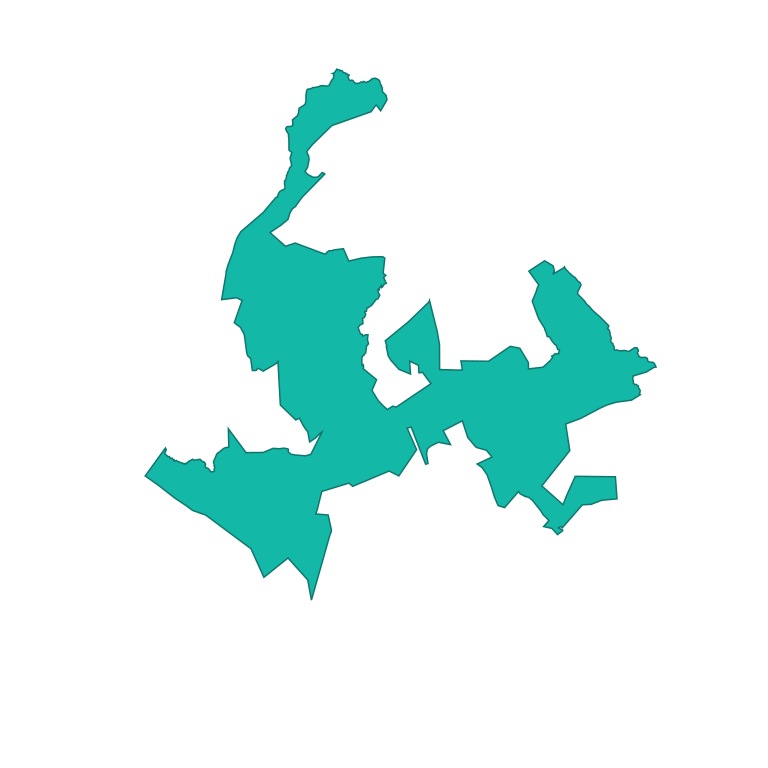 the district of Heroica Ciudad de Ejutla de Crespo, Oaxaca, Mexico, rotated 131°
{"feature_id": "50627088B22638065525590", "entity_name": "Heroica Ciudad de Ejutla de Crespo", "entity_type": "district", "adm_level": 2, "iso_a3": "MEX", "parent_name": "Mexico", "parent_adm1": "Oaxaca", "projection": "albers", "projection_center": [-96.767, 16.598], "detail": "fine", "context": "isolated", "style": "filled", "palette": "teal", "viewbox_px": 768, "rotation_deg": 131, "n_neighbors": 0, "source": "geoboundaries", "source_scale": "gbopen_adm2", "svg_char_len": 6171}
<svg xmlns="http://www.w3.org/2000/svg" viewBox="0 0 768 768"><g transform="rotate(131 384 384)"><path d="M288.8,468.6L296.0,476.5L304.4,484.1L314.3,491.2L308.5,503.4L316.3,510.3L317.4,510.5L319.3,512.8L322.1,513.6L322.8,513.2L324.8,513.8L335.9,543.5L344.7,548.7L344.5,569.4L330.7,565.7L322.6,564.5L316.4,567.3L311.7,568.1L307.9,567.2L306.1,567.6L296.5,568.3L264.4,566.4L264.4,567.9L265.1,569.4L270.3,569.6L272.0,570.4L274.5,573.2L275.9,578.9L275.4,583.0L270.7,583.8L263.6,587.9L260.9,591.1L260.8,592.5L259.0,594.9L250.1,595.1L223.2,592.9L187.0,572.4L179.1,573.1L178.5,572.8L180.0,565.8L167.7,568.1L164.8,571.7L164.4,576.9L161.4,579.9L161.2,581.2L160.3,581.9L160.3,582.9L157.9,586.6L158.1,588.5L158.8,591.1L160.2,592.3L162.0,593.5L162.7,593.2L164.5,593.9L165.7,593.9L167.1,595.0L167.9,595.0L168.4,595.3L168.8,597.7L170.7,598.4L170.8,599.3L173.3,600.2L175.5,602.2L176.0,604.6L175.4,605.8L175.5,607.0L175.7,607.6L177.0,608.3L177.4,609.7L176.0,612.4L175.3,612.9L173.9,612.8L173.7,613.2L174.2,615.2L175.0,615.7L174.4,616.6L175.6,619.2L175.0,621.2L176.4,622.6L176.0,623.5L177.0,624.8L177.3,626.2L181.4,625.6L183.4,626.5L183.0,625.8L184.0,624.4L186.4,622.8L189.1,622.8L194.2,621.4L196.6,622.3L198.1,624.8L200.4,627.5L202.6,628.4L205.8,630.9L206.9,632.2L209.0,632.9L211.9,635.2L213.9,634.5L217.6,632.1L221.6,628.5L224.2,627.3L225.9,627.2L231.6,629.0L235.4,626.4L238.5,625.3L244.6,626.4L248.5,622.6L249.2,622.5L251.0,623.6L253.3,626.0L255.5,625.9L256.8,624.2L258.2,619.6L259.4,619.0L261.4,616.6L269.8,609.2L269.8,605.5L275.1,603.1L279.4,597.4L280.3,596.9L283.3,597.0L284.5,596.0L287.7,595.5L289.5,594.4L290.6,594.4L292.1,593.2L294.1,592.3L296.0,592.3L298.7,589.9L300.6,587.5L302.9,587.1L304.6,588.2L307.0,588.9L309.5,588.6L313.0,587.1L314.1,588.0L333.9,587.7L363.1,592.0L370.5,590.6L376.9,588.0L383.9,584.4L396.1,580.0L402.6,577.0L404.8,575.3L426.9,561.9L415.6,551.8L414.1,545.9L436.0,537.2L435.4,529.5L438.4,521.8L450.5,508.1L452.2,505.3L452.3,501.3L460.2,492.2L457.7,489.4L455.1,489.5L454.5,488.6L453.6,483.6L439.2,478.8L436.6,478.8L467.9,448.4L469.0,427.0L465.3,425.4L468.3,417.9L469.8,412.4L470.0,410.2L476.9,401.7L476.2,402.0L469.4,400.2L462.6,399.8L460.7,399.3L485.1,393.1L489.7,396.1L495.8,404.4L498.0,408.1L498.0,411.1L497.5,412.3L496.1,413.3L496.0,413.9L498.1,417.5L501.6,420.6L505.3,425.5L514.9,430.2L526.3,443.1L519.9,472.1L533.5,459.7L536.2,462.0L537.7,462.7L546.4,464.3L554.4,461.7L555.3,460.9L556.4,458.7L557.1,458.7L558.0,457.0L559.8,456.3L560.7,455.1L562.3,455.2L563.8,457.0L563.1,461.0L563.2,462.0L563.8,463.0L563.7,464.9L561.6,466.0L560.8,468.1L561.6,470.3L561.5,473.5L565.7,476.9L566.4,479.1L570.5,480.6L572.5,480.8L573.5,481.4L574.2,481.1L575.0,481.6L574.9,482.3L575.7,482.7L575.8,484.4L577.0,485.6L576.9,487.2L577.7,488.2L577.9,490.4L579.7,491.7L578.9,492.9L579.6,493.2L578.9,495.1L580.4,496.5L579.9,497.1L579.6,498.4L580.5,499.4L580.5,503.9L576.5,505.1L575.7,507.0L610.1,503.9L608.5,488.4L607.3,466.5L605.5,452.7L605.0,445.5L599.9,432.6L595.6,376.3L608.7,347.8L578.3,342.3L581.9,313.0L594.7,297.0L532.9,326.0L530.7,326.6L528.7,327.9L519.5,340.2L526.9,350.3L522.7,351.9L505.9,360.5L481.8,345.4L481.8,340.5L446.4,323.1L443.6,312.5L412.2,316.3L402.1,337.6L398.7,335.2L417.2,300.0L415.2,298.6L408.9,306.0L404.7,308.6L400.6,308.2L392.3,304.7L386.1,294.0L380.4,308.7L360.4,300.7L369.4,285.7L371.3,273.7L370.8,271.6L366.8,263.2L368.3,254.6L383.3,261.2L382.7,255.0L384.9,246.6L390.5,236.7L397.1,226.0L400.9,218.1L398.2,211.9L376.8,211.9L377.6,209.3L376.2,203.4L375.9,203.5L374.6,200.2L374.4,195.6L376.8,182.8L378.2,178.3L378.8,170.0L386.9,170.0L382.8,162.5L383.8,154.2L378.0,153.0L377.0,153.2L378.2,158.0L375.6,157.2L375.6,155.1L375.3,155.1L345.0,155.0L338.9,148.7L328.9,143.4L317.8,132.8L302.2,148.5L328.2,179.1L348.3,173.0L357.7,169.7L357.4,198.0L312.4,200.1L295.0,220.6L281.1,213.1L260.8,205.2L253.8,202.1L245.4,196.8L233.8,186.6L223.8,183.5L223.7,185.0L222.2,185.4L220.7,186.6L219.9,189.4L218.6,190.7L218.9,193.5L219.8,194.0L219.8,196.4L218.4,197.5L216.8,199.8L214.5,201.2L202.7,193.8L194.4,191.2L192.7,189.8L191.2,193.2L191.1,194.9L193.2,198.1L193.7,199.8L191.9,202.1L192.0,202.9L192.4,204.2L195.4,207.5L196.0,209.6L195.1,211.0L194.7,212.6L193.9,213.5L192.3,213.6L191.5,214.3L190.7,217.0L192.3,218.7L198.5,220.5L199.4,221.4L200.6,224.1L201.9,225.6L203.2,226.4L204.9,228.9L205.3,230.4L206.7,231.4L207.0,232.3L206.7,233.1L204.9,234.7L204.6,236.1L203.5,237.6L203.3,240.9L200.3,242.6L198.5,245.6L197.1,247.0L195.7,249.1L195.4,250.5L195.8,251.5L192.6,252.5L191.7,264.2L191.6,274.7L190.8,280.0L190.8,283.2L189.8,287.3L189.0,297.0L187.1,298.3L180.6,300.0L179.8,300.6L178.9,302.4L179.2,305.1L178.2,310.0L178.6,311.0L178.6,317.3L178.0,323.0L177.2,324.7L178.9,324.7L189.7,328.4L188.9,329.2L187.2,329.4L186.6,330.0L183.9,333.8L185.6,343.6L203.8,348.7L207.8,331.9L209.8,331.8L215.1,329.5L224.2,326.5L232.3,312.0L233.6,309.0L236.7,299.0L237.3,298.7L238.8,295.4L241.1,291.9L239.9,290.0L241.5,284.9L242.1,280.8L241.7,279.8L243.1,276.8L244.0,275.8L243.1,273.9L245.7,272.8L246.3,272.0L248.9,274.4L248.9,274.8L250.3,274.8L253.0,275.7L253.2,274.2L257.4,273.9L267.0,275.0L277.8,284.9L273.1,289.1L267.9,305.0L272.7,313.4L298.2,320.0L316.1,341.1L321.9,334.1L324.9,337.2L336.6,351.5L317.7,368.1L309.2,378.6L291.1,404.5L292.7,403.9L321.2,406.4L350.6,411.4L353.5,406.8L354.1,407.0L360.1,399.1L361.6,394.4L363.1,382.2L359.1,370.5L349.9,379.7L347.3,370.2L351.1,366.6L352.6,364.8L349.9,362.5L352.5,351.4L352.6,348.7L393.4,359.6L395.0,362.9L401.1,364.7L401.0,370.2L400.3,377.6L396.7,388.9L385.6,392.4L386.1,409.8L384.4,410.6L383.1,412.3L384.1,412.9L383.3,413.4L382.0,415.2L377.9,418.4L375.8,418.3L375.5,418.0L374.1,418.4L372.8,418.1L366.8,422.0L363.8,422.1L361.4,425.6L357.3,428.4L358.6,429.9L361.7,431.5L360.8,433.0L361.6,434.8L358.4,440.5L355.6,440.9L352.3,439.5L348.5,443.2L346.9,442.5L346.1,442.5L343.3,443.6L342.7,444.7L342.6,445.8L342.2,446.1L341.4,446.1L340.6,445.0L337.7,446.8L336.8,446.0L332.3,444.9L325.5,445.4L323.8,444.5L319.8,445.4L318.3,449.0L316.5,450.7L316.0,450.0L316.5,448.8L314.9,450.2L311.5,450.7L312.7,449.0L311.6,448.8L308.4,449.3L306.5,448.3L303.9,454.1L300.8,453.9L301.1,457.2L288.5,466.0L288.8,468.6Z" fill="#14b8a6" stroke="#0f766e" stroke-width="1.5"/></g></svg>